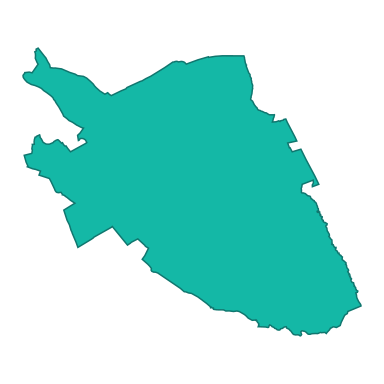 Durnesti, Botosani, Romania (Robinson projection)
{"feature_id": "2599482B19127823613231", "entity_name": "Durnesti", "entity_type": "district", "adm_level": 2, "iso_a3": "ROU", "parent_name": "Romania", "parent_adm1": "Botosani", "projection": "robinson", "projection_center": [27.119, 47.758], "detail": "fine", "context": "isolated", "style": "filled", "palette": "teal", "viewbox_px": 384, "rotation_deg": 0, "n_neighbors": 0, "source": "geoboundaries", "source_scale": "gbopen_adm2", "svg_char_len": 5872}
<svg xmlns="http://www.w3.org/2000/svg" viewBox="0 0 384 384"><path d="M336.4,327.5L340.2,325.5L341.2,322.4L344.4,315.8L345.2,314.8L347.3,313.6L347.8,311.5L361.0,306.0L360.9,305.2L360.5,304.2L358.6,301.5L357.0,298.2L356.6,296.7L356.5,295.0L355.8,292.9L357.4,292.3L357.4,291.5L357.8,291.1L356.2,290.0L356.2,289.4L355.9,289.2L355.6,288.3L355.6,287.5L354.9,286.9L354.6,286.1L354.1,286.0L354.3,285.4L353.8,284.5L353.9,284.0L353.5,283.3L353.5,282.7L352.1,282.4L351.7,281.7L351.1,281.0L350.9,279.6L351.4,279.3L351.5,278.8L350.4,277.9L350.6,277.4L350.5,277.0L349.7,276.6L350.0,275.4L349.6,274.1L349.3,273.8L349.0,274.1L349.0,273.5L347.7,271.7L347.9,271.3L348.3,271.1L348.6,270.3L348.3,269.5L346.9,267.7L346.6,266.8L346.6,265.7L346.2,264.7L345.6,264.3L346.1,263.1L346.0,262.8L343.3,260.4L342.4,259.9L342.1,259.1L342.4,257.0L341.2,256.2L341.0,255.5L339.6,254.7L339.2,254.3L339.0,253.1L338.1,253.1L337.6,252.4L337.5,251.6L337.1,251.0L336.1,250.4L335.5,249.7L335.5,249.3L336.0,248.1L336.0,247.5L335.0,247.7L334.7,247.4L334.6,247.0L334.0,246.8L333.3,244.8L332.2,244.7L331.7,244.1L332.3,243.2L331.9,242.6L332.0,241.1L331.8,239.8L330.3,238.5L329.8,237.3L329.0,236.7L328.9,236.4L329.4,235.6L329.3,234.4L328.9,233.5L328.3,232.8L328.2,232.2L327.4,231.3L327.0,229.6L326.9,228.1L325.8,226.5L326.0,225.5L327.1,224.8L326.9,224.1L327.1,223.7L325.2,222.5L324.7,222.6L323.2,221.5L323.3,220.3L322.3,219.9L321.6,218.3L321.6,218.0L322.2,217.7L322.0,217.2L322.1,216.7L321.5,216.6L321.4,216.2L320.7,216.1L320.0,215.2L320.0,214.9L320.6,214.6L320.6,214.4L320.1,214.1L319.4,212.9L319.8,212.1L319.7,212.0L318.7,211.9L317.9,212.4L317.3,212.1L317.1,211.3L317.3,211.1L318.5,211.4L318.8,211.1L318.4,210.1L318.3,208.6L317.6,207.9L317.4,206.2L316.8,205.2L316.3,203.3L315.4,202.1L314.4,201.7L314.2,200.7L312.6,199.8L311.7,198.8L311.0,198.7L310.6,197.1L310.0,196.2L307.7,195.7L305.3,193.6L303.1,192.9L302.0,193.0L301.4,192.3L301.5,190.1L301.2,188.4L301.7,187.3L302.2,184.3L313.2,180.1L313.4,183.1L312.3,184.9L312.4,186.7L318.8,184.3L314.8,176.0L306.1,159.7L300.9,149.2L292.2,151.8L290.0,147.7L289.4,147.8L287.7,143.0L296.8,141.0L294.9,136.9L287.3,122.4L285.8,119.0L283.8,119.4L283.3,120.1L280.6,120.8L280.0,121.5L278.9,120.8L276.0,121.8L272.4,122.0L273.0,120.2L273.3,118.6L274.0,117.0L274.3,115.1L274.9,114.5L274.1,114.8L269.5,114.8L268.6,114.4L266.3,112.9L264.8,112.7L262.3,111.4L261.0,111.1L260.2,110.5L258.4,110.1L257.6,109.2L256.9,107.6L256.0,106.9L254.3,104.7L252.6,101.2L250.7,99.6L250.6,99.1L250.8,98.1L251.1,97.7L251.0,96.9L251.9,93.7L252.3,89.8L252.7,88.6L252.5,87.9L252.7,85.3L251.7,82.8L251.7,81.6L251.1,79.2L251.3,78.4L250.1,76.4L250.0,74.4L248.8,73.0L248.5,72.2L246.2,66.1L246.5,65.1L246.0,64.8L245.7,63.6L245.3,62.9L244.8,59.7L244.6,59.4L244.5,57.8L243.9,55.9L222.5,55.8L215.4,56.3L208.6,57.4L208.4,56.8L198.0,59.8L186.3,64.1L184.5,62.3L182.8,61.6L181.3,61.4L178.5,61.9L176.9,61.3L175.1,61.5L174.1,62.0L172.9,62.0L164.7,67.6L150.8,76.2L145.9,78.6L142.0,80.9L140.3,81.4L127.0,87.5L125.8,88.9L121.2,90.8L111.3,95.6L109.5,94.5L107.7,92.7L104.9,94.2L99.9,91.0L96.2,87.7L94.5,85.9L93.3,84.1L90.4,81.3L86.7,78.1L83.5,76.4L77.5,75.6L75.3,74.2L69.7,72.4L61.6,68.9L55.1,68.0L53.8,68.1L50.3,67.7L49.6,64.7L47.7,61.6L45.8,57.8L44.5,56.3L38.1,48.1L36.1,49.2L36.4,50.8L34.8,51.8L35.4,53.5L35.5,55.9L35.3,58.3L37.1,62.6L38.1,64.2L32.1,72.8L29.2,72.1L24.8,72.6L24.8,73.1L23.3,74.9L23.0,75.7L23.3,77.5L24.7,79.6L27.0,82.1L31.3,84.5L35.0,85.5L38.5,86.9L41.4,88.4L43.7,90.6L47.0,92.8L50.7,95.6L52.9,97.6L53.8,99.6L54.8,100.5L56.1,102.9L59.0,107.2L62.9,114.2L63.6,116.1L66.7,118.4L69.1,120.6L72.4,122.2L76.7,125.1L81.9,127.7L83.5,128.1L80.0,133.1L77.6,135.3L78.4,140.5L79.2,140.1L80.1,138.7L80.9,138.4L83.3,138.6L85.4,139.9L86.3,141.5L86.8,142.6L85.4,143.6L70.5,151.8L67.7,148.4L66.0,145.9L65.4,146.1L64.5,145.8L63.1,143.9L62.5,142.7L61.6,143.2L58.3,139.9L57.6,139.7L56.2,140.2L54.0,141.5L53.1,142.6L49.3,144.2L46.4,144.1L45.6,143.8L43.1,142.3L41.4,139.0L40.1,137.4L40.1,136.6L39.7,135.5L39.8,135.0L40.2,134.6L36.5,136.3L36.2,136.9L35.1,137.2L34.4,139.5L34.1,141.8L34.3,144.2L32.3,144.4L32.5,144.9L31.9,148.5L32.0,149.4L32.4,149.8L31.9,153.1L31.4,153.5L24.2,155.3L26.1,162.1L28.0,166.3L27.4,166.8L32.7,168.8L35.6,169.4L40.5,171.1L39.0,175.1L49.4,178.5L51.1,181.7L54.5,188.9L55.1,190.5L56.0,191.8L56.9,192.4L58.5,192.7L61.0,192.3L62.4,194.3L62.3,194.8L63.3,195.0L64.9,195.7L65.1,196.2L67.0,197.4L70.5,200.3L74.9,203.2L63.8,210.1L67.1,220.3L69.4,224.8L71.1,230.5L71.8,231.8L72.3,233.4L76.2,242.6L77.9,247.4L91.3,239.3L93.2,238.0L94.0,237.1L111.4,227.3L112.3,226.5L127.5,245.1L130.5,243.1L131.1,242.4L137.8,238.9L144.8,245.3L145.4,246.3L148.5,248.2L144.8,255.7L142.2,259.3L147.8,264.2L149.8,266.3L151.4,268.5L151.1,270.1L151.8,271.3L153.6,272.1L155.6,272.2L157.8,273.0L180.3,288.3L184.2,291.7L186.0,291.9L188.4,292.9L191.5,293.4L198.0,297.0L206.7,303.5L210.5,306.8L211.0,307.0L210.4,307.7L209.9,307.9L211.8,307.6L212.9,308.2L213.4,308.1L213.5,309.3L213.9,309.4L217.0,309.8L223.6,309.9L225.8,311.0L229.2,310.9L233.5,311.5L236.9,311.0L238.6,311.4L239.4,311.6L244.4,314.5L246.0,315.8L248.3,318.2L252.2,320.3L254.5,320.1L255.3,320.2L256.1,320.6L256.2,320.0L256.4,320.1L256.8,320.5L256.8,321.1L257.2,321.8L258.9,324.0L258.5,325.0L258.9,325.4L258.2,326.7L265.7,327.0L267.9,327.5L268.6,327.3L269.1,325.8L269.7,324.9L271.3,325.7L272.1,326.7L273.8,327.3L274.8,328.4L276.2,328.8L277.2,329.8L279.0,330.1L279.9,329.9L280.6,328.8L282.4,328.4L284.3,327.0L286.2,326.7L286.7,328.1L289.0,329.2L290.0,330.4L290.9,331.1L292.8,333.8L293.7,334.5L295.5,334.9L298.0,334.8L298.8,335.0L300.2,335.9L300.9,335.6L301.6,334.5L300.8,332.0L300.9,331.6L302.0,330.8L304.8,331.4L305.7,331.9L307.9,334.0L308.4,334.2L310.0,334.3L311.9,333.7L315.4,333.5L317.7,333.6L320.5,332.4L321.3,332.7L324.9,332.4L326.3,333.5L326.9,332.6L329.7,329.6L330.4,328.2L331.5,327.9L332.5,327.1L333.8,326.8L336.4,327.5Z" fill="#14b8a6" stroke="#0f766e" stroke-width="1.5"/></svg>